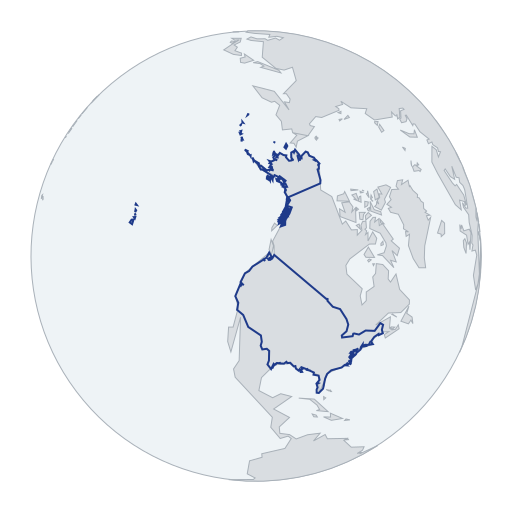 globe centered on United States of America, rotated 53°
{"feature_id": "USA", "entity_name": "United States of America", "entity_type": "country or territory", "adm_level": 0, "iso_a3": "USA", "parent_name": "North America", "parent_adm1": "", "projection": "orthographic", "projection_center": [-126.716, 45.186], "detail": "fine", "context": "on_globe", "style": "outline", "palette": "blue", "viewbox_px": 512, "rotation_deg": 53, "n_neighbors": 0, "source": "natural_earth", "source_scale": "50m", "svg_char_len": 16040}
<svg xmlns="http://www.w3.org/2000/svg" viewBox="0 0 512 512"><g transform="rotate(53 256 256)"><circle cx="256" cy="256" r="225" fill="#eef3f6" stroke="#a8b0b8"/><path d="M82.5,391.8L83.0,392.9L82.9,392.8L82.5,391.8ZM418.2,412.4L432.9,392.6L432.7,390.3L424.7,394.1L415.7,384.4L420.4,372.3L417.4,370.4L427.1,348.7L423.0,337.7L419.2,338.7L416.3,346.5L401.7,347.3L394.6,340.0L340.3,345.6L332.7,341.9L329.4,332.4L295.6,305.2L317.5,333.8L307.3,330.1L296.3,320.7L299.0,317.1L286.9,301.6L275.7,296.6L262.9,275.0L261.3,244.1L267.0,248.2L266.0,240.8L258.7,235.4L254.2,233.8L240.8,204.9L217.8,190.2L207.2,193.9L212.1,186.9L189.8,200.4L175.1,200.1L193.8,195.4L197.3,191.2L188.4,188.2L190.1,183.3L186.8,179.3L189.6,173.9L200.2,172.1L202.3,168.7L195.8,166.9L194.6,160.7L203.7,163.8L202.5,153.5L220.1,149.9L242.2,164.6L254.1,159.7L282.5,167.9L282.1,163.3L292.6,164.1L295.9,159.2L300.3,162.6L299.2,155.9L294.6,153.7L292.7,150.2L294.2,147.2L300.0,150.9L300.1,152.9L302.6,152.5L304.8,155.6L304.6,152.4L311.4,157.5L307.0,148.3L314.5,148.9L318.3,153.4L314.7,158.3L314.8,182.8L317.6,189.9L325.2,194.3L346.1,190.9L350.6,196.8L358.9,200.8L358.0,194.8L351.1,189.6L351.4,180.0L343.0,175.4L341.9,171.0L334.5,164.5L339.1,159.9L347.6,159.0L353.9,164.3L357.8,164.3L354.6,155.0L369.1,161.4L383.4,159.9L386.7,162.5L388.3,174.4L381.2,184.6L383.2,202.0L385.5,185.3L393.9,192.8L396.8,192.0L398.4,188.7L396.6,183.8L400.2,185.5L399.3,202.1L396.0,200.8L396.3,195.4L393.0,200.5L392.5,212.7L396.8,216.0L391.5,232.3L394.5,235.1L395.0,240.4L390.5,234.8L398.4,245.5L392.8,269.0L403.4,288.2L389.2,278.0L381.7,280.8L373.6,286.4L375.2,289.6L362.2,293.9L354.0,306.7L356.4,324.8L365.2,334.7L379.2,328.0L380.9,319.1L389.7,312.1L388.8,334.0L405.1,326.4L406.5,340.3L412.0,343.7L418.8,336.7L426.3,334.0L429.8,322.4L436.1,311.4L438.3,321.4L440.2,308.2L444.9,309.0L456.3,293.2L456.0,296.8L466.0,295.0L473.4,284.5L475.2,287.8L474.6,294.0L476.4,289.6L476.4,292.3L480.6,273.0L480.7,272.7L478.7,290.0L475.4,307.0L470.9,323.7L465.0,340.1L457.9,355.9L449.6,371.1L440.2,385.7L429.7,399.5L418.2,412.4ZM152.8,336.8L153.1,331.9L156.0,335.9L152.8,336.8ZM151.2,328.4L151.5,330.2L150.8,328.6L151.2,328.4ZM149.3,326.8L150.7,328.0L149.0,327.2L149.3,326.8ZM146.6,325.4L148.1,326.0L147.9,326.1L146.6,325.4ZM405.3,295.6L423.7,292.1L415.8,300.8L416.9,297.6L411.7,297.0L402.8,299.3L395.2,307.4L405.3,295.6ZM142.9,321.5L142.0,320.4L143.5,320.5L142.9,321.5ZM407.8,278.9L404.8,280.4L407.4,278.1L407.8,278.9ZM251.9,234.0L258.4,235.9L264.3,242.8L258.7,241.7L251.9,234.0ZM240.9,221.4L244.4,220.7L245.3,228.3L243.0,226.3L240.9,221.4ZM199.2,198.1L204.2,199.3L198.8,199.9L199.2,198.1ZM185.8,179.7L183.9,181.0L183.0,178.4L185.8,179.7ZM332.5,167.5L333.5,166.1L334.4,168.0L332.5,167.5ZM328.4,166.3L328.6,169.6L326.7,169.5L326.6,167.4L328.4,166.3ZM186.4,167.8L185.6,163.5L188.3,167.5L186.4,167.8ZM328.5,162.2L323.2,169.0L319.8,168.8L316.5,160.9L328.5,162.2ZM186.3,160.7L184.1,150.7L179.6,152.5L191.2,142.1L189.2,153.8L193.2,158.4L188.8,157.9L186.3,160.7ZM292.5,154.4L297.5,156.5L291.9,157.5L292.5,154.4ZM289.4,156.0L275.1,165.1L268.6,160.9L274.7,158.5L265.1,155.5L268.9,148.9L275.1,149.0L278.5,153.0L277.4,147.5L289.4,156.0ZM197.9,138.2L199.0,135.7L199.9,138.0L197.9,138.2ZM291.4,148.8L289.1,150.9L283.3,147.3L286.9,142.5L287.6,145.2L291.4,148.8ZM260.7,158.1L257.0,154.8L259.1,148.5L257.9,146.4L268.5,148.4L260.7,158.1ZM289.7,144.5L288.8,140.2L293.0,139.3L293.3,146.6L289.7,144.5ZM280.3,148.5L277.7,146.6L280.3,146.0L280.3,148.5ZM307.3,134.3L304.7,136.6L301.4,134.8L307.3,134.3ZM288.2,138.7L286.8,139.1L285.2,138.7L285.5,135.8L288.2,138.7ZM269.2,143.9L270.9,142.1L265.0,142.7L266.3,138.3L273.1,140.5L270.8,137.7L271.2,136.3L276.3,139.7L269.2,143.9ZM281.0,132.0L290.1,133.7L295.7,129.7L298.8,131.1L289.2,137.3L281.0,132.0ZM277.8,136.2L280.5,133.8L282.9,136.5L282.6,139.8L277.8,136.2ZM264.8,134.5L261.0,140.8L259.6,140.1L264.8,134.5ZM282.2,130.2L279.9,129.9L282.3,129.6L282.2,130.2ZM269.6,132.5L268.4,134.7L266.9,133.9L269.6,132.5ZM276.5,127.4L279.4,127.9L279.3,130.1L276.5,127.4ZM272.9,129.3L271.1,127.6L277.5,130.6L272.7,130.4L272.9,129.3ZM268.4,131.4L267.1,131.6L269.1,130.5L268.4,131.4ZM275.3,119.1L283.3,122.3L283.0,127.0L275.3,123.2L275.3,119.1ZM455.6,151.6L452.8,146.7L413.0,96.8L407.7,90.5L379.9,67.9L377.0,66.0L378.3,66.8L391.9,76.3L404.7,86.8L416.7,98.2L427.9,110.4L438.1,123.4L447.4,137.2L455.6,151.6ZM295.5,34.2L301.3,35.4L293.4,34.2L304.9,36.4L302.3,35.6L309.5,37.2L312.3,38.1L309.4,37.5L315.3,39.2L327.7,42.5L327.2,42.3L351.4,51.9L351.8,52.1L349.4,51.1L357.4,57.0L361.5,58.5L354.3,53.3L357.8,55.1L362.4,57.4L363.1,57.8L361.9,57.3L368.7,63.3L382.4,72.8L404.8,88.4L411.8,95.5L415.4,101.1L402.3,94.0L388.2,79.2L383.3,77.3L382.0,80.6L377.8,76.1L375.5,75.9L369.7,71.0L357.4,65.5L351.0,61.3L342.1,61.0L337.6,59.0L344.1,59.6L345.2,58.1L328.6,49.4L324.2,48.3L319.8,49.0L315.7,46.8L313.6,48.7L302.1,45.6L314.3,51.2L309.5,53.0L300.3,52.5L300.9,54.3L315.8,55.2L319.8,54.8L319.6,52.7L332.3,53.4L338.9,56.1L333.9,59.8L342.7,64.3L335.0,65.9L299.6,61.3L286.8,59.0L274.3,49.5L279.6,48.1L286.7,50.7L283.8,45.9L282.3,47.4L278.9,45.9L273.5,47.8L270.8,46.9L270.1,50.7L266.2,49.7L266.8,47.4L255.4,50.3L246.3,49.7L245.0,50.9L246.2,52.3L233.9,51.2L233.5,52.1L237.3,52.8L239.0,55.3L237.2,59.5L233.0,58.8L233.1,57.2L227.1,53.2L228.0,49.5L226.2,49.8L224.4,52.9L231.7,57.6L231.8,60.4L227.5,58.2L229.0,59.2L227.8,60.4L222.6,61.1L227.0,63.6L218.7,79.5L207.9,83.0L205.0,78.9L194.8,91.0L183.5,95.1L187.1,95.6L184.6,102.4L188.1,101.2L189.6,102.0L184.9,120.2L180.6,124.4L182.6,133.8L184.5,134.2L187.8,131.5L191.2,142.1L179.6,152.5L176.0,151.0L171.2,159.0L163.7,154.7L155.3,155.1L149.9,146.4L143.7,148.0L142.5,151.1L133.3,155.9L118.2,156.1L135.5,142.3L159.2,141.7L150.0,140.5L153.6,137.0L151.2,134.3L144.6,134.1L142.9,136.4L140.1,118.3L127.2,113.3L124.4,121.7L118.1,127.2L101.0,131.4L89.3,121.1L80.8,130.3L77.3,132.7L78.0,128.2L83.2,124.5L88.0,118.0L90.8,116.9L93.7,109.2L97.8,107.4L98.1,102.8L93.1,107.1L89.0,114.1L87.4,111.6L77.5,123.0L71.4,129.1L71.3,127.0L80.9,114.2L91.5,102.1L102.8,90.8L114.9,80.4L127.8,70.8L141.2,62.1L155.3,54.5L169.9,47.8L184.9,42.2L200.2,37.7L215.9,34.3L231.7,32.0L247.7,30.9L263.7,30.9L279.7,32.0L295.5,34.2ZM430.2,113.6L432.1,115.7L430.2,113.6ZM260.3,30.8L256.7,30.7L256.6,30.9L261.6,31.0L274.4,31.5L260.3,30.8ZM456.6,292.6L458.3,292.7L456.6,295.3L456.6,292.6ZM416.0,306.2L419.3,303.7L421.5,303.9L419.2,306.6L416.0,306.2ZM440.3,282.2L443.4,279.6L440.7,284.2L440.3,282.2ZM426.3,291.2L437.8,284.7L432.6,294.7L425.1,298.9L429.5,293.4L426.3,291.2ZM409.0,286.6L411.3,285.7L411.5,288.3L409.0,286.6ZM409.7,277.3L409.0,278.2L407.3,277.3L409.7,277.3ZM393.9,191.8L394.1,190.5L396.3,188.0L396.5,190.8L393.9,191.8ZM398.7,168.1L404.4,171.4L400.4,170.8L401.9,175.1L395.3,179.5L388.1,164.1L392.5,170.1L398.7,168.1ZM384.6,181.9L389.6,180.3L384.4,182.6L384.6,181.9ZM368.5,81.2L367.9,78.8L372.2,80.0L380.4,86.7L374.3,84.9L368.5,81.2ZM366.1,75.3L358.9,77.9L353.5,74.3L357.8,75.8L354.9,73.1L361.0,74.9L362.9,69.5L366.8,70.3L379.8,81.4L373.4,77.2L374.3,79.6L366.1,75.3ZM350.0,95.0L346.9,97.2L339.3,86.3L343.2,85.6L351.6,91.8L352.0,96.4L350.0,95.0ZM323.6,147.5L322.9,149.9L321.3,148.8L320.6,145.8L323.6,147.5ZM306.3,135.5L325.1,136.2L325.3,138.9L336.1,136.7L340.7,143.0L333.5,144.1L345.1,147.6L340.4,151.1L348.3,152.9L331.8,154.7L328.1,158.4L330.5,151.7L326.4,145.8L323.6,144.3L312.6,143.1L302.5,148.6L296.9,144.0L295.6,139.3L297.1,137.2L300.3,140.8L300.1,135.5L305.9,139.2L306.3,135.5ZM283.4,93.0L286.5,96.9L287.0,89.0L292.8,91.7L292.5,90.7L298.0,91.2L304.2,90.0L306.3,91.9L307.8,90.7L311.5,91.2L314.2,90.3L319.0,93.5L322.8,92.7L322.9,94.7L328.1,92.5L326.4,95.6L331.0,96.9L330.2,93.2L349.4,115.1L358.8,122.7L367.5,127.6L363.5,132.9L352.7,132.0L339.4,128.0L331.0,120.3L330.7,124.3L326.5,121.9L328.5,119.7L323.0,121.8L320.1,119.3L308.3,117.2L302.1,122.2L297.6,121.7L298.6,118.5L293.5,120.4L292.3,114.2L289.0,113.8L284.6,107.6L288.4,102.0L284.5,102.1L280.9,97.7L283.4,93.0ZM274.3,117.2L277.4,109.4L282.2,107.2L287.9,119.1L291.0,120.3L294.8,128.3L287.9,131.4L287.4,128.8L285.4,127.0L288.4,126.7L284.4,125.6L283.7,122.0L280.4,120.3L282.3,118.2L274.3,117.2ZM369.9,61.6L371.6,62.7L369.0,61.1L364.4,58.5L364.6,58.6L369.9,61.6ZM376.6,66.8L373.9,65.0L376.5,66.0L379.2,67.9L376.6,66.8ZM370.2,63.5L373.5,64.9L373.4,65.2L370.2,63.5ZM341.4,58.3L338.3,56.9L338.8,56.4L341.5,56.9L341.4,58.3ZM286.3,72.0L287.3,74.1L285.9,74.3L283.5,78.8L279.0,77.4L278.7,74.1L286.3,72.0ZM281.1,71.2L280.6,73.1L278.7,71.2L281.1,71.2ZM275.6,76.6L273.0,74.8L278.2,77.7L275.6,76.6ZM66.9,134.5L63.6,139.0L63.0,139.8L66.2,134.9L66.9,134.5ZM242.2,65.0L250.5,60.1L253.5,56.3L250.5,53.5L258.2,55.7L253.6,61.5L242.2,65.0ZM222.0,77.6L224.7,80.5L221.2,81.1L220.1,80.5L222.0,77.6ZM225.2,78.0L232.8,78.3L232.8,81.2L226.8,80.4L225.2,78.0ZM257.1,73.5L259.9,72.0L261.4,73.5L257.1,73.5ZM78.6,389.6L81.2,393.1L78.7,390.6L78.6,389.6ZM82.9,392.8L79.9,390.0L82.5,391.8L82.9,392.8ZM58.0,361.8L59.5,364.7L59.1,364.2L58.0,361.8ZM57.1,360.3L56.9,359.3L57.9,361.6L57.1,360.3ZM46.1,335.4L46.3,335.6L46.9,337.2L46.1,335.4ZM44.4,330.7L42.9,327.0L42.7,326.1L44.4,330.7ZM43.7,328.1L43.2,326.0L45.2,332.3L43.7,328.1ZM40.2,317.5L42.5,324.8L40.1,317.3L40.2,317.5ZM39.4,315.3L38.2,311.0L38.2,310.7L39.4,315.3ZM35.9,301.2L37.7,309.1L37.7,309.5L37.0,306.8L35.9,301.2ZM32.8,286.6L33.6,290.4L34.2,293.0L33.7,292.7L33.3,289.9L32.8,286.6ZM32.8,284.1L33.8,289.8L34.7,295.7L32.8,284.1ZM69.5,146.2L72.4,143.3L71.7,147.0L69.9,148.0L69.5,146.2ZM72.0,157.7L72.5,147.1L73.3,139.2L71.0,143.0L67.6,144.3L73.2,136.8L75.6,139.8L74.3,146.5L78.0,145.2L79.4,149.3L85.2,145.5L87.1,147.0L81.4,152.7L72.0,157.7ZM87.7,143.7L98.3,140.1L95.1,149.0L92.1,151.8L88.6,149.6L90.5,144.9L87.7,143.7ZM99.9,141.9L101.8,137.6L121.4,126.0L124.8,125.9L108.2,138.7L109.1,135.4L104.9,136.9L99.9,141.9ZM196.5,135.8L198.7,135.7L196.7,137.4L196.5,135.8ZM191.6,101.1L193.4,102.5L190.9,104.2L191.6,101.1ZM196.9,107.5L198.4,104.5L198.5,107.9L196.9,107.5ZM201.6,98.1L199.9,103.5L199.0,98.0L201.6,98.1Z" fill="#d9dde1" stroke="#a8b0b8" stroke-width="1"/><path d="M381.5,213.3L387.2,206.3L384.4,197.1L387.4,195.9L390.7,199.9L394.0,201.2L393.1,205.5L392.0,205.0L391.8,210.2L393.5,215.7L396.7,215.8L395.2,218.5L394.1,218.0L394.8,219.5L392.6,222.2L391.8,225.7L391.4,224.5L390.8,224.0L391.8,226.8L392.6,226.8L393.6,228.9L393.8,232.7L391.5,232.3L391.4,230.0L391.1,231.9L392.5,233.4L393.7,233.9L394.5,235.0L395.1,240.6L394.2,237.6L391.4,236.2L390.8,232.8L389.9,234.8L392.6,238.3L390.6,238.2L390.2,238.7L389.9,237.1L389.7,236.8L389.8,238.1L390.2,239.0L393.1,238.8L390.9,239.3L393.6,239.9L392.8,240.9L394.6,241.6L394.5,242.0L393.6,241.6L392.1,242.3L394.5,242.4L395.4,241.5L398.3,244.3L396.0,242.3L397.2,243.8L395.2,245.1L397.8,244.6L397.9,247.0L395.8,247.9L397.3,247.8L396.8,249.4L398.2,249.1L396.4,251.2L396.6,254.7L392.6,264.6L393.0,270.2L395.4,274.4L402.3,282.3L403.2,288.3L401.7,289.8L399.2,288.0L398.0,285.9L394.8,284.7L395.1,282.9L394.1,283.7L393.2,279.8L389.2,278.0L385.4,281.5L383.9,279.9L379.7,282.2L379.9,281.1L379.5,282.3L377.7,283.8L377.1,282.2L377.2,283.5L371.4,287.1L374.2,286.5L373.8,288.5L376.3,288.9L375.5,290.2L372.7,289.4L373.1,291.0L369.9,291.9L367.6,290.8L366.9,292.3L361.9,292.9L359.9,296.2L360.4,295.4L358.8,295.4L358.8,298.4L356.4,301.3L355.0,301.0L355.9,301.7L354.0,303.7L353.9,306.9L352.8,306.9L355.4,312.0L349.5,312.1L347.3,308.6L339.7,302.6L336.6,303.2L334.4,307.2L330.4,306.2L328.0,303.0L322.4,299.9L308.0,304.9L295.4,301.7L287.6,303.5L282.7,298.3L275.6,296.7L269.1,285.6L270.5,285.8L269.6,283.8L272.0,283.4L267.5,284.0L263.2,275.3L263.8,270.5L262.3,265.2L263.4,251.8L265.5,252.0L263.2,251.6L263.7,248.9L261.2,243.4L266.3,244.1L265.5,247.1L267.0,245.0L267.0,247.4L265.9,248.1L266.7,248.2L267.6,247.1L267.8,244.6L266.1,240.8L333.4,225.5L332.8,224.2L334.9,225.9L342.8,225.2L349.0,220.8L360.8,221.7L366.3,223.6L370.6,229.0L371.1,235.3L372.9,236.3L378.2,227.1L376.6,225.1L377.0,224.2L380.7,221.0L381.5,213.3ZM248.7,214.0L247.3,218.3L246.3,216.7L247.0,216.1L246.5,213.1L244.8,213.9L244.0,215.0L245.4,212.6L243.0,209.2L241.6,208.6L241.4,206.8L242.5,207.2L241.8,206.1L242.5,206.0L240.8,205.1L241.3,203.4L239.5,203.5L238.8,199.7L238.7,204.2L237.2,203.4L237.0,200.9L236.7,202.0L235.3,200.8L236.9,203.2L235.6,203.8L230.2,198.0L231.0,196.6L231.2,197.9L231.9,197.2L231.2,196.4L229.1,197.2L227.5,195.3L222.3,194.7L221.2,193.2L221.9,192.0L220.6,192.9L218.6,191.0L219.4,189.6L215.8,188.9L214.6,190.8L215.8,191.2L214.3,192.8L212.7,191.8L208.7,194.1L206.9,193.4L209.3,192.1L207.8,191.6L210.2,188.5L214.3,189.2L213.0,187.7L214.5,186.8L206.5,189.1L206.7,190.4L202.7,192.4L203.5,194.3L190.6,198.9L189.8,200.1L183.4,199.1L178.6,200.1L183.6,197.9L186.0,199.5L186.9,197.7L194.1,195.9L194.8,193.8L195.8,193.7L195.6,192.6L198.1,190.6L194.7,191.4L194.6,190.4L195.6,190.3L194.3,189.7L193.0,191.6L191.8,188.2L188.0,188.2L189.8,187.0L190.8,182.4L192.4,181.5L190.4,182.3L190.0,183.3L187.5,182.8L186.8,179.1L188.4,178.5L189.4,180.3L190.3,179.4L188.0,178.1L188.8,177.7L188.0,174.9L191.9,173.3L193.9,171.2L195.2,172.6L199.8,172.3L200.9,170.4L200.6,169.4L202.1,168.6L198.7,168.7L194.6,165.6L194.9,163.2L196.2,163.4L194.6,160.8L201.2,160.5L202.2,160.9L202.2,161.1L200.9,162.0L201.1,162.6L204.7,164.0L204.1,162.9L204.2,160.8L204.6,160.8L204.6,162.8L206.2,163.8L204.7,161.9L205.5,160.9L203.5,159.5L202.5,153.5L204.4,152.3L208.0,153.1L212.3,150.5L214.8,150.6L214.4,151.7L215.5,151.2L214.9,150.5L215.7,150.2L220.4,149.7L220.8,151.0L219.9,151.8L221.5,151.4L224.1,153.3L223.9,154.7L234.2,158.8L236.7,161.0L228.5,194.8L232.1,195.3L234.4,201.1L238.7,198.2L242.3,203.9L245.0,211.1L248.7,214.0ZM201.4,197.2L204.0,199.3L202.5,199.1L202.8,199.8L201.5,199.9L200.3,200.2L199.5,201.0L200.1,200.4L198.9,198.5L200.5,197.8L200.8,199.3L201.4,197.2ZM241.1,211.8L243.9,215.3L243.1,214.8L242.8,215.3L244.2,216.4L244.0,218.3L240.6,213.9L241.7,213.5L240.6,213.2L241.1,211.8ZM153.2,336.6L152.1,333.5L153.2,331.9L156.0,335.8L153.2,336.6ZM184.6,164.5L187.0,164.8L188.3,167.5L186.2,167.8L184.6,164.5ZM235.6,204.9L238.9,205.1L238.0,206.0L238.7,207.1L237.5,206.3L236.6,207.1L235.6,204.9ZM185.3,179.0L185.1,181.0L183.0,178.4L183.9,178.9L185.3,179.0ZM237.6,206.8L239.0,210.1L238.6,212.0L237.5,207.9L236.6,208.7L237.6,206.8ZM239.1,203.8L240.4,204.8L241.1,206.8L240.2,205.2L240.8,207.8L239.5,208.9L239.1,203.8ZM175.2,199.5L178.5,200.1L178.8,200.9L175.2,199.5ZM246.0,213.6L246.0,216.5L244.6,216.4L246.0,213.6ZM393.9,222.4L394.8,221.1L392.0,226.1L394.0,221.5L393.9,222.4ZM240.5,209.1L242.6,209.8L241.8,209.9L242.0,211.3L240.5,209.1ZM167.6,200.6L171.6,200.2L169.7,201.2L167.6,200.6ZM204.0,195.9L205.4,197.1L202.6,196.7L204.0,195.9ZM239.6,209.7L240.9,210.6L239.6,212.7L239.6,209.7ZM167.3,200.4L165.7,200.8L164.3,200.8L167.1,199.5L167.3,200.4ZM243.7,211.4L243.6,213.5L242.9,212.5L243.7,211.4ZM151.5,330.1L152.2,329.0L153.0,330.1L151.5,330.1ZM154.2,197.0L152.0,195.9L154.8,196.5L154.2,197.0ZM241.7,216.2L242.4,218.3L241.0,215.8L241.7,216.2ZM147.4,324.2L148.2,326.0L146.4,324.2L147.4,324.2ZM215.9,193.6L217.0,192.1L217.4,192.4L215.9,193.6ZM137.5,176.3L138.4,177.0L138.4,177.9L137.5,176.3ZM143.5,320.5L142.5,321.3L142.0,320.5L143.5,320.5ZM149.7,194.2L149.5,195.3L148.4,195.0L149.7,194.2ZM147.9,193.4L146.9,193.3L147.2,192.5L147.9,193.4ZM175.7,172.1L176.4,173.1L176.4,173.6L175.7,172.1ZM218.3,191.9L219.1,192.4L218.0,192.1L218.3,191.9ZM243.1,211.6L242.5,212.2L242.3,211.8L243.1,211.6ZM240.4,215.0L241.4,215.1L240.5,215.9L240.4,215.0ZM154.4,197.2L155.4,198.1L155.9,198.6L154.5,197.7L154.4,197.2ZM149.1,327.2L150.2,327.3L151.0,327.8L149.1,327.2ZM149.0,193.8L147.5,193.9L149.0,193.8ZM266.7,243.2L267.4,244.7L267.4,244.9L266.4,243.8L266.7,243.2ZM172.9,200.2L172.2,200.1L172.3,199.7L172.9,200.2ZM355.7,310.8L354.4,308.7L354.2,307.4L354.6,308.7L355.7,310.8ZM190.0,189.4L189.8,188.9L190.7,188.8L190.0,189.4ZM142.3,189.3L142.2,190.6L142.0,188.9L142.3,189.3ZM201.8,200.4L201.1,200.7L201.0,200.4L201.4,200.0L201.8,200.4ZM141.3,186.5L140.7,186.1L141.8,186.1L141.3,186.5ZM354.3,306.0L354.1,307.2L354.6,304.7L354.3,306.0ZM400.1,279.6L401.4,281.2L400.0,279.5L400.1,279.6ZM399.1,245.4L399.1,246.5L398.5,244.4L399.1,245.4ZM394.7,235.9L394.9,237.3L394.6,235.5L394.7,235.9Z" fill="none" stroke="#1e3a8a" stroke-width="2"/></g></svg>